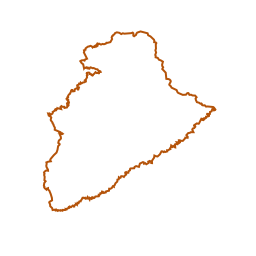 Alvarado, Tolima, Colombia (Albers equal-area conic projection), rotated 13°
{"feature_id": "7082276B11869280897475", "entity_name": "Alvarado", "entity_type": "district", "adm_level": 2, "iso_a3": "COL", "parent_name": "Colombia", "parent_adm1": "Tolima", "projection": "albers", "projection_center": [-75.005, 4.576], "detail": "fine", "context": "isolated", "style": "outline", "palette": "amber", "viewbox_px": 256, "rotation_deg": 13, "n_neighbors": 0, "source": "geoboundaries", "source_scale": "gbopen_adm2", "svg_char_len": 5710}
<svg xmlns="http://www.w3.org/2000/svg" viewBox="0 0 256 256"><g transform="rotate(13 128 128)"><path d="M91.9,42.0L91.7,43.5L92.5,44.9L91.5,48.3L88.7,49.7L87.8,49.8L87.4,50.8L85.7,51.8L84.3,51.8L82.9,52.8L80.8,52.3L80.1,53.4L79.1,52.7L78.6,54.1L79.6,55.0L78.9,55.8L78.0,56.1L77.4,55.3L76.8,55.9L77.0,56.7L75.7,56.9L75.4,57.5L74.3,56.6L72.9,56.4L71.6,57.4L70.9,57.5L69.5,59.0L68.7,60.1L69.0,61.3L67.6,62.2L68.2,63.3L68.0,64.3L72.5,69.7L70.8,70.9L70.5,72.1L69.5,71.9L67.5,72.6L66.5,73.6L68.2,75.2L70.0,76.0L71.8,79.9L72.1,79.2L73.3,79.0L73.7,78.2L75.3,78.2L75.3,79.0L77.1,78.9L77.5,77.6L77.9,77.3L80.2,77.7L81.0,77.3L83.7,77.9L85.1,77.7L86.1,78.7L88.3,79.0L88.7,79.5L87.1,80.2L87.4,81.2L87.2,81.3L86.2,81.1L85.1,81.5L83.8,80.9L82.8,82.9L81.7,84.0L81.9,84.6L81.6,84.9L80.4,84.6L79.8,83.8L78.6,84.0L78.0,82.8L76.8,82.9L75.5,83.6L75.5,84.3L76.7,85.4L76.1,86.2L76.7,87.8L76.0,90.3L75.3,91.1L76.4,91.6L76.5,92.2L74.8,93.5L74.1,93.6L72.7,95.0L71.6,94.4L71.4,95.9L70.3,95.8L70.1,97.1L69.0,97.6L68.9,98.2L69.5,99.2L71.1,99.5L70.9,101.7L70.6,101.8L69.5,100.4L67.4,102.3L67.6,104.1L66.1,104.7L65.2,103.5L64.6,103.6L64.2,104.3L64.1,106.4L63.7,107.1L63.7,107.9L62.9,108.6L62.4,110.1L62.7,111.3L62.1,111.5L62.1,112.1L61.6,113.3L63.3,113.7L63.5,114.0L62.8,114.6L64.7,116.2L64.7,116.8L63.6,116.9L63.0,117.7L63.4,118.4L64.5,118.5L65.0,119.0L64.8,119.7L63.8,119.9L64.1,120.8L63.9,121.7L61.6,122.7L61.1,121.7L59.4,122.1L58.2,121.6L57.5,122.7L58.6,124.6L55.9,124.5L55.3,124.9L54.6,124.6L54.5,125.3L53.6,125.7L54.1,126.4L54.0,126.9L53.6,127.1L52.8,126.7L52.4,127.9L51.0,129.3L51.3,129.9L51.1,131.0L49.9,132.3L48.2,131.4L47.8,131.6L48.1,132.1L47.0,132.0L47.9,133.6L48.6,133.6L48.5,133.9L50.1,134.4L50.9,135.1L50.8,137.1L51.1,137.9L53.3,139.7L53.5,140.5L54.6,141.3L55.0,142.3L56.7,144.2L57.0,146.2L63.8,147.4L62.4,147.3L62.1,148.1L64.9,147.9L65.7,148.3L65.3,148.7L63.2,149.3L62.9,149.6L64.5,151.7L65.0,153.1L64.7,154.2L63.6,155.5L63.4,156.3L63.4,158.2L64.9,158.9L65.1,159.5L64.0,161.4L64.2,165.1L63.9,168.0L61.8,171.2L59.6,175.5L59.4,176.7L60.3,177.8L57.8,178.8L56.2,179.9L56.8,181.1L56.9,183.3L57.5,184.5L59.4,186.6L59.7,187.6L58.4,187.7L57.6,188.0L56.4,189.5L56.2,190.5L57.0,191.4L56.8,192.6L57.8,194.3L58.3,197.7L59.7,198.4L58.8,200.4L59.0,203.2L59.7,203.8L59.6,204.5L60.4,205.4L62.2,206.3L62.2,205.5L63.6,204.6L63.9,205.9L65.4,206.7L67.6,209.8L69.6,213.3L70.3,215.6L68.1,217.6L68.0,218.3L69.3,220.0L69.8,221.7L72.1,223.1L73.0,224.9L74.9,224.1L75.7,224.6L76.2,223.7L76.8,224.3L77.3,224.0L77.9,224.5L78.5,223.8L79.1,224.1L80.5,223.3L81.0,223.7L81.7,223.2L82.7,223.3L82.7,222.5L85.1,222.1L86.0,221.5L85.6,220.9L86.6,220.9L86.6,220.4L87.7,219.7L88.0,218.5L88.8,218.8L89.1,217.7L89.7,218.1L90.4,217.9L91.6,216.0L92.7,216.0L93.0,216.7L93.3,216.6L93.2,215.7L93.7,214.8L94.7,214.4L94.5,213.9L95.3,214.2L95.0,213.5L95.6,213.3L95.6,212.6L96.7,212.5L96.8,212.2L96.3,211.9L96.8,211.7L97.1,210.5L98.4,210.1L98.3,209.4L98.9,208.3L99.4,206.2L100.4,205.9L101.1,206.3L101.9,205.6L102.8,206.4L103.7,205.7L104.0,204.8L104.5,205.8L105.7,205.4L106.3,206.0L106.1,204.6L107.4,205.0L108.0,204.3L108.4,204.4L108.5,205.2L109.7,204.3L109.3,203.5L111.0,203.6L111.6,202.1L114.6,201.2L114.5,199.9L115.2,200.1L115.3,199.1L116.0,198.5L115.8,197.7L117.1,197.3L117.0,195.8L117.9,195.8L118.5,196.7L119.0,196.8L120.8,195.8L120.5,195.1L121.0,194.6L123.6,193.4L123.3,191.4L124.5,191.2L125.7,190.1L126.3,188.2L127.3,188.4L127.0,187.7L127.8,186.9L128.2,184.7L129.6,182.6L129.3,180.7L130.5,180.1L130.2,178.1L131.2,178.5L131.9,178.2L132.2,176.5L133.8,176.2L135.0,176.6L135.7,174.9L136.7,173.8L136.5,173.3L135.4,172.5L135.3,172.0L136.1,171.3L137.2,171.9L138.4,171.5L138.2,170.1L139.4,168.8L139.2,167.6L139.5,166.9L143.1,165.8L143.2,164.4L144.5,163.3L147.4,163.4L147.6,160.0L150.2,157.9L151.0,157.9L151.7,159.2L152.7,158.4L154.0,159.2L156.0,157.3L156.1,156.8L155.4,156.1L156.6,155.2L158.0,155.6L158.5,156.9L159.3,156.8L158.7,154.6L160.1,151.0L159.9,148.9L161.4,149.2L163.2,149.1L165.0,146.5L165.9,143.2L166.5,143.0L168.0,143.5L168.6,142.7L169.5,143.1L171.5,142.0L171.1,140.9L171.9,140.7L174.0,139.0L173.5,138.4L174.1,137.1L174.0,135.2L174.8,135.5L175.3,136.7L175.7,136.6L176.5,135.3L178.0,136.3L178.4,136.3L177.5,133.4L178.6,132.7L179.9,132.7L180.1,132.1L178.7,130.9L180.2,130.6L181.1,131.2L181.9,130.2L181.6,129.2L180.6,129.4L180.3,128.5L181.1,128.3L183.0,128.5L184.3,128.2L186.0,125.2L186.0,124.5L188.3,124.1L188.2,123.2L186.5,121.8L187.8,119.4L189.3,118.8L190.1,118.0L192.7,117.4L191.0,115.2L191.2,114.0L192.5,113.2L193.3,111.6L193.1,111.2L191.8,110.9L191.8,110.4L194.1,108.0L195.5,108.1L196.1,107.8L197.4,102.4L198.3,102.4L198.6,103.4L199.6,103.4L200.5,102.2L200.0,101.4L201.7,100.6L201.5,99.5L202.2,99.4L204.2,98.1L204.1,97.4L202.8,97.6L202.3,96.8L201.2,96.6L204.6,95.8L204.3,93.9L205.7,93.0L205.9,90.6L206.8,90.3L207.8,91.5L208.8,90.9L209.0,90.4L207.2,88.8L206.2,88.4L200.7,89.1L199.2,89.6L197.6,88.6L196.1,89.1L195.1,89.0L194.6,88.0L194.0,87.6L193.1,88.1L191.6,87.4L189.3,87.3L187.8,85.4L187.2,84.0L187.9,82.6L186.1,81.3L183.5,81.8L182.1,81.4L180.4,81.9L179.0,80.4L178.4,80.5L177.8,80.9L177.0,82.5L173.9,83.4L169.0,82.5L168.2,82.0L166.8,80.1L161.4,78.9L160.1,77.5L158.9,77.0L158.4,76.2L159.2,73.2L158.8,72.2L157.8,71.5L156.6,71.2L154.3,71.5L152.3,65.6L148.1,62.8L148.6,60.9L147.5,60.0L147.0,58.8L147.1,55.5L144.6,54.7L142.8,54.5L141.2,53.0L139.0,52.9L138.7,51.4L138.1,50.7L138.4,48.1L137.2,46.1L137.4,44.4L136.3,40.5L136.5,38.9L135.8,38.4L134.2,38.5L134.0,37.0L133.4,36.1L129.3,33.7L126.8,33.1L125.8,31.3L118.5,31.1L115.5,33.0L115.0,34.0L114.9,35.4L113.3,37.2L112.4,36.8L111.9,34.5L111.1,34.0L109.7,34.9L103.3,36.9L101.6,36.9L100.3,38.0L98.2,37.2L95.6,37.3L94.0,38.5L93.6,39.9L92.7,40.6L92.5,41.6L91.9,42.0Z" fill="none" stroke="#b45309" stroke-width="2"/></g></svg>